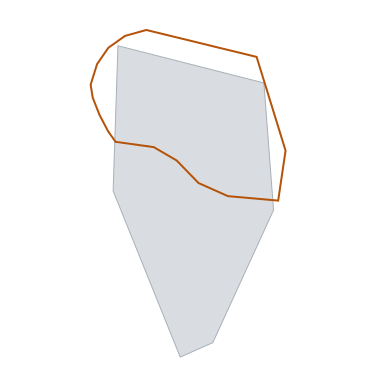 location of Saint Anthony within Montserrat, rotated 177°
{"feature_id": "MSR-5087", "entity_name": "Saint Anthony", "entity_type": "Parish", "adm_level": 1, "iso_a3": "MSR", "parent_name": "Montserrat", "parent_adm1": "", "projection": "robinson", "projection_center": [-62.171, 16.712], "detail": "fine", "context": "in_parent", "style": "outline", "palette": "amber", "viewbox_px": 384, "rotation_deg": 177, "n_neighbors": 0, "source": "natural_earth", "source_scale": "10m", "svg_char_len": 513}
<svg xmlns="http://www.w3.org/2000/svg" viewBox="0 0 384 384"><g transform="rotate(177 192 192)"><path d="M270.7,197.2L258.3,341.9L114.5,297.1L111.5,169.7L179.1,40.5L212.4,27.8L270.7,197.2Z" fill="#d9dde1" stroke="#a8b0b8" stroke-width="1"/><path d="M265.7,246.1L272.6,257.0L280.4,274.0L286.2,291.4L287.6,304.5L280.1,324.7L267.9,340.5L250.7,351.4L229.2,356.2L120.4,323.5L96.4,228.4L106.4,178.9L156.4,186.0L185.0,200.6L205.6,224.2L227.8,238.8L265.7,246.1Z" fill="none" stroke="#b45309" stroke-width="2"/></g></svg>